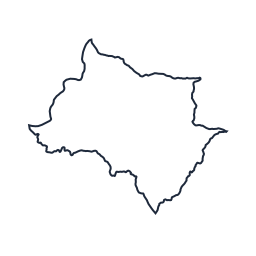 outline of Dechhenling, Samdrup Jongkhar, Bhutan, rotated 19°
{"feature_id": "84629894B76488101752434", "entity_name": "Dechhenling", "entity_type": "district", "adm_level": 2, "iso_a3": "BTN", "parent_name": "Bhutan", "parent_adm1": "Samdrup Jongkhar", "projection": "natural_earth1", "projection_center": [91.243, 26.904], "detail": "fine", "context": "isolated", "style": "outline", "palette": "slate", "viewbox_px": 256, "rotation_deg": 19, "n_neighbors": 0, "source": "geoboundaries", "source_scale": "gbopen_adm2", "svg_char_len": 5830}
<svg xmlns="http://www.w3.org/2000/svg" viewBox="0 0 256 256"><g transform="rotate(19 128 128)"><path d="M33.6,157.6L35.3,160.8L35.7,161.1L37.1,162.0L39.5,163.0L41.8,164.2L42.4,164.4L42.9,164.4L43.4,164.1L43.9,163.5L44.6,163.0L45.3,163.0L45.6,163.3L45.2,165.4L45.2,165.8L45.3,166.3L46.5,167.6L46.8,168.2L47.0,170.3L47.2,170.6L48.0,170.9L49.0,170.9L49.5,170.8L49.7,170.4L50.1,170.3L50.5,170.4L51.1,171.1L53.0,172.1L53.4,172.1L53.8,171.9L55.0,171.5L57.1,171.7L57.4,172.0L57.6,172.4L57.6,173.8L58.0,174.6L58.2,176.5L58.5,176.8L59.3,177.0L59.7,177.0L61.9,176.5L63.2,176.4L64.0,176.2L64.4,176.0L64.7,175.7L65.7,174.2L66.0,173.9L66.4,173.7L67.3,173.6L67.6,173.4L68.2,172.2L68.8,171.6L69.7,171.5L70.1,171.8L71.0,172.7L71.3,172.8L71.7,172.5L71.9,172.0L72.2,168.3L72.8,167.4L73.5,167.1L74.0,167.1L74.3,167.2L74.6,167.7L75.1,169.4L75.7,170.0L76.1,169.9L77.7,168.8L78.4,168.7L79.1,168.9L79.9,169.0L80.8,169.3L81.1,169.6L81.9,170.8L82.3,171.6L82.9,172.0L83.6,172.1L84.3,171.5L84.4,170.9L84.7,169.7L85.1,169.1L86.2,168.5L88.3,166.4L90.1,164.9L91.4,164.2L93.6,164.0L94.7,163.7L95.6,163.6L96.8,163.0L99.0,162.5L100.9,162.3L101.4,162.2L102.0,161.7L103.4,160.6L104.6,160.1L105.3,160.1L105.8,160.2L107.7,161.8L109.6,162.1L110.2,162.4L111.3,163.1L113.3,163.6L114.5,164.1L115.2,164.6L117.0,166.6L117.4,166.7L119.1,166.7L119.9,166.9L121.6,168.3L122.7,169.0L124.0,170.2L124.6,171.4L124.9,172.3L124.9,173.7L124.9,175.1L125.0,175.5L126.1,176.9L126.7,177.6L127.0,177.8L128.2,178.3L128.6,178.3L129.0,178.1L129.4,177.8L129.8,177.7L131.0,177.7L131.2,177.3L131.1,175.0L131.2,173.6L131.4,173.2L131.7,172.9L133.0,172.8L135.2,171.7L136.4,171.5L138.1,170.5L139.1,170.3L139.9,170.6L140.6,170.3L141.0,169.4L142.0,168.3L142.5,168.2L143.7,168.4L145.3,169.3L145.4,170.4L145.9,170.7L146.5,170.7L147.5,170.5L149.7,171.2L149.9,171.5L150.3,171.5L150.8,171.4L151.3,171.1L151.8,171.3L152.0,172.2L152.0,172.9L152.0,174.1L153.0,176.6L153.3,178.5L153.9,179.7L155.9,181.7L157.0,183.4L158.7,185.0L159.3,185.4L160.9,185.5L161.8,185.5L163.7,185.0L164.2,185.4L165.7,187.3L169.6,190.3L170.1,191.0L172.2,193.2L176.4,196.3L178.3,197.6L181.8,199.7L182.5,197.0L182.7,195.9L182.3,192.7L182.3,191.8L182.6,191.1L182.6,190.7L182.3,189.6L182.5,189.2L183.5,187.8L184.1,187.6L184.5,187.5L184.8,187.3L185.4,186.8L185.7,186.1L185.7,185.4L185.5,184.5L185.7,184.1L186.2,183.6L186.7,183.3L188.4,183.6L189.0,183.2L189.6,183.0L191.6,182.5L192.2,182.1L192.3,180.9L192.1,179.5L192.3,178.9L193.4,178.0L195.4,175.8L196.6,175.2L197.1,174.6L197.6,173.4L197.9,171.9L198.0,170.1L197.7,169.4L197.7,168.0L197.9,166.0L198.5,164.4L199.2,163.0L199.7,161.6L200.2,159.3L200.4,158.9L200.4,158.4L199.9,157.1L199.8,156.3L200.0,155.8L200.3,155.2L200.4,154.3L201.4,153.3L201.6,152.8L201.7,152.3L200.9,150.3L200.9,149.4L201.1,148.9L201.5,148.9L202.0,148.9L202.7,149.2L203.1,148.7L203.3,147.7L203.9,147.0L204.1,146.5L204.2,146.0L204.1,145.6L203.9,145.1L203.9,143.7L203.9,143.3L204.3,142.2L204.0,141.2L204.3,140.4L204.6,138.8L204.9,138.3L205.3,138.2L207.4,138.1L207.8,138.0L208.4,137.4L208.9,135.6L209.1,135.2L209.1,134.2L208.6,133.1L208.1,130.2L208.3,129.1L208.3,128.2L208.2,127.7L207.9,127.3L207.6,127.0L207.0,126.1L206.2,125.2L205.8,124.7L205.9,124.0L206.7,122.4L207.2,120.9L207.2,119.9L207.0,118.8L208.1,117.1L208.7,116.0L209.1,115.0L209.4,113.3L209.3,112.6L209.4,111.5L209.7,111.0L210.6,110.3L210.8,109.9L211.9,106.7L212.4,106.0L213.1,105.3L213.7,104.8L214.7,104.2L215.0,103.9L215.2,103.0L215.3,102.6L215.7,102.1L216.0,101.8L216.8,101.8L218.5,101.0L219.4,100.8L220.1,100.3L221.0,99.8L222.1,99.7L222.4,99.0L221.2,99.2L219.5,98.7L218.4,98.6L214.8,98.7L213.4,98.9L212.3,99.8L209.5,101.0L208.7,101.3L207.9,101.3L206.4,102.1L205.0,102.6L202.1,102.5L197.8,101.5L196.7,101.9L195.0,101.8L193.7,102.3L191.8,103.3L190.9,103.5L189.2,102.9L187.7,101.9L186.9,101.1L187.1,100.1L187.5,99.7L187.6,99.2L187.5,97.0L186.8,95.3L186.0,94.0L185.8,91.8L185.7,91.4L185.4,90.6L184.8,88.3L185.6,86.8L185.5,86.2L185.6,85.7L185.3,84.4L183.2,82.9L179.8,79.8L178.8,79.1L178.6,78.5L178.5,77.6L177.7,75.7L177.4,74.0L178.1,72.2L177.9,71.6L177.7,69.5L177.1,67.9L175.6,65.4L175.3,63.9L176.0,62.6L177.4,61.7L179.3,60.3L180.6,58.5L180.6,58.1L180.4,57.6L180.1,57.2L179.4,57.1L178.9,57.7L178.5,57.9L177.1,58.4L176.0,59.0L175.1,59.3L173.7,59.6L170.5,61.0L168.8,61.4L167.5,61.3L167.2,61.5L166.8,62.0L166.2,62.6L164.5,63.1L164.0,63.4L162.1,63.5L161.1,64.0L159.0,64.2L158.0,64.8L156.9,65.7L155.8,66.1L155.0,66.2L153.7,66.1L151.5,65.4L149.8,65.5L149.1,65.8L147.3,66.0L146.1,65.8L145.4,65.5L143.7,65.4L139.3,66.7L136.8,67.1L135.4,67.5L133.3,69.3L131.9,70.3L130.2,71.8L129.5,71.8L128.5,71.6L127.7,71.7L127.0,72.3L126.0,73.4L125.5,74.0L125.0,74.5L124.3,74.7L123.0,74.8L122.6,74.8L121.6,74.0L120.8,73.6L118.1,73.1L115.3,72.2L113.1,70.9L112.7,70.7L111.7,70.5L110.6,70.0L110.1,70.0L109.1,69.3L108.3,68.9L106.6,68.9L106.1,68.7L104.2,68.3L103.2,67.7L102.2,66.5L101.8,65.5L101.4,65.0L101.1,64.6L100.7,64.5L100.1,64.5L99.2,64.7L98.3,64.7L96.5,64.0L95.1,64.1L92.7,65.6L92.2,65.4L89.5,65.2L86.9,65.9L86.1,66.3L85.1,66.2L84.3,66.4L82.2,66.4L81.7,66.6L79.9,66.7L78.6,67.1L76.0,66.7L75.0,66.2L73.1,64.2L71.6,63.0L69.5,61.6L67.6,60.2L67.1,60.0L66.2,59.3L65.5,58.2L64.6,56.3L63.5,57.1L62.6,58.3L62.2,59.7L61.3,62.0L61.0,63.7L60.8,66.7L60.8,70.9L61.5,74.9L62.1,77.9L63.7,80.2L65.7,81.2L66.5,82.5L67.0,84.1L67.7,86.1L68.0,88.4L67.8,89.3L67.5,90.4L67.4,91.5L67.8,93.6L68.0,95.3L67.6,97.6L66.5,98.5L65.2,98.9L62.9,98.8L60.9,99.2L57.4,100.2L54.1,102.4L53.2,103.8L52.3,105.6L52.9,107.9L54.3,110.2L54.6,110.5L55.0,111.5L55.1,112.3L55.0,113.1L54.6,114.5L53.3,116.1L52.4,117.4L51.6,119.0L50.2,121.1L48.8,125.3L48.9,126.3L49.2,127.4L49.3,129.1L49.2,130.3L48.5,132.2L48.2,133.3L48.1,134.4L48.2,135.5L48.5,137.6L51.0,142.6L52.2,144.2L52.4,144.7L52.3,145.4L52.1,146.0L51.7,146.7L45.6,153.0L42.4,155.5L39.9,156.5L36.7,157.3L33.6,157.6Z" fill="none" stroke="#1e293b" stroke-width="2"/></g></svg>